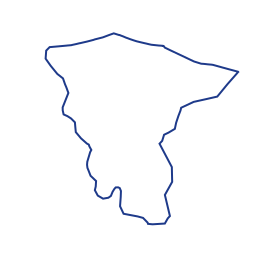 outline of Ghubaish, North Kordufan, Sudan, rotated 102°
{"feature_id": "16777658B17931705563902", "entity_name": "Ghubaish", "entity_type": "district", "adm_level": 2, "iso_a3": "SDN", "parent_name": "Sudan", "parent_adm1": "North Kordufan", "projection": "orthographic", "projection_center": [27.423, 12.292], "detail": "fine", "context": "isolated", "style": "outline", "palette": "blue", "viewbox_px": 256, "rotation_deg": 102, "n_neighbors": 0, "source": "geoboundaries", "source_scale": "gbopen_adm2", "svg_char_len": 1788}
<svg xmlns="http://www.w3.org/2000/svg" viewBox="0 0 256 256"><g transform="rotate(102 128 128)"><path d="M217.6,88.5L217.1,84.0L213.8,72.1L208.1,70.3L205.4,68.7L185.8,78.0L171.5,73.6L157.1,77.0L136.8,93.9L133.5,91.9L127.1,91.3L124.1,87.4L119.1,82.0L112.8,82.0L105.7,81.2L100.1,80.3L97.1,80.2L88.8,69.2L83.7,58.0L78.7,47.2L64.4,39.8L52.5,33.1L51.0,32.3L50.6,32.1L50.3,32.0L50.2,31.9L50.1,32.0L49.8,36.9L49.8,37.0L49.6,40.9L49.6,41.0L49.3,46.0L49.2,48.1L49.0,50.8L49.0,51.1L48.6,57.8L48.6,58.5L48.7,59.7L48.7,59.8L49.1,62.9L49.5,67.0L49.9,69.8L49.2,77.3L43.9,99.7L43.2,102.7L42.4,105.9L41.7,108.7L40.4,110.2L40.6,111.1L40.4,111.2L40.7,113.6L40.9,114.8L41.7,122.4L41.7,122.6L41.7,124.5L41.6,128.2L41.6,129.3L41.5,133.7L41.4,137.5L41.1,140.6L40.6,144.8L40.2,147.3L40.2,147.6L40.1,148.0L40.1,148.4L39.4,151.9L39.0,154.7L38.9,155.1L38.8,155.4L38.8,155.7L38.9,156.3L38.5,160.4L38.5,160.5L38.4,161.6L40.9,165.7L43.4,169.6L44.6,171.5L48.3,179.0L48.7,179.6L49.0,180.1L52.0,186.1L54.7,191.9L54.8,192.0L55.1,192.9L56.7,196.2L58.4,200.0L58.7,200.5L59.0,201.4L59.9,204.4L60.3,205.6L62.6,213.0L65.2,221.5L65.4,221.6L69.3,224.1L77.3,223.0L83.2,216.6L89.8,208.4L93.0,201.9L98.3,198.7L101.0,196.8L106.1,193.6L121.4,196.2L124.4,195.5L128.1,193.8L129.0,189.7L130.5,185.7L133.5,181.1L137.8,179.8L142.9,178.2L147.9,171.8L149.6,168.8L151.7,165.1L151.9,164.6L152.2,163.5L152.4,162.9L154.1,161.9L157.1,159.3L159.5,160.0L163.3,160.3L166.9,160.6L169.5,160.8L172.5,160.4L175.4,159.4L178.2,157.5L182.5,154.7L186.5,148.2L191.9,147.4L195.7,147.5L200.4,143.5L202.3,137.7L200.3,132.7L198.0,130.6L193.6,129.8L190.5,128.7L188.7,127.7L188.1,125.3L188.5,123.6L191.1,121.8L196.9,120.8L206.2,119.5L212.8,114.5L212.7,109.1L212.5,100.2L212.8,94.6L216.5,89.1L217.6,88.5Z" fill="none" stroke="#1e3a8a" stroke-width="2"/></g></svg>